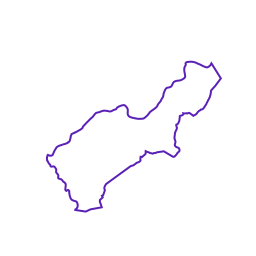 outline of Moreau, Micoud, Saint Lucia, rotated 300°
{"feature_id": "8701671B80425002261515", "entity_name": "Moreau", "entity_type": "district", "adm_level": 2, "iso_a3": "LCA", "parent_name": "Saint Lucia", "parent_adm1": "Micoud", "projection": "mercator", "projection_center": [-60.943, 13.828], "detail": "fine", "context": "isolated", "style": "outline", "palette": "violet", "viewbox_px": 256, "rotation_deg": 300, "n_neighbors": 0, "source": "geoboundaries", "source_scale": "gbopen_adm2", "svg_char_len": 5778}
<svg xmlns="http://www.w3.org/2000/svg" viewBox="0 0 256 256"><g transform="rotate(300 128 128)"><path d="M46.2,144.9L47.5,143.5L48.5,142.4L50.0,140.5L51.6,139.7L52.6,139.9L53.3,140.2L55.2,140.8L56.3,139.3L57.3,140.1L58.3,139.9L62.6,139.1L63.7,137.8L64.9,137.2L66.7,137.0L68.4,137.0L96.6,149.5L97.9,151.0L98.9,151.6L99.4,151.7L100.5,152.3L102.2,152.9L102.9,153.5L103.7,154.3L104.9,154.9L105.6,155.1L106.3,155.0L107.2,154.3L108.8,153.5L109.4,153.3L109.7,153.9L109.9,154.7L110.9,155.0L112.0,155.4L112.7,155.6L113.4,155.9L114.2,156.1L115.0,155.9L115.8,155.5L116.3,155.1L116.8,154.9L116.8,155.7L116.9,156.3L117.0,157.0L117.3,158.0L117.3,159.4L118.0,161.5L118.0,161.9L118.4,162.5L119.1,162.8L120.2,164.4L121.3,165.1L125.7,170.6L125.6,181.5L126.2,182.3L126.4,182.5L126.7,182.6L129.6,183.3L130.2,183.3L130.6,183.2L130.9,183.3L131.6,183.5L132.5,183.7L133.2,184.0L133.4,184.0L133.9,184.0L134.8,183.5L135.6,182.8L135.8,182.5L135.9,182.2L136.0,181.9L136.0,181.4L135.7,179.4L135.7,178.9L135.8,178.6L135.9,178.1L136.0,177.8L136.2,177.5L136.9,176.9L137.2,176.8L138.6,176.4L139.4,176.2L140.1,175.8L140.8,175.1L141.4,174.3L141.9,173.8L142.3,173.5L143.1,172.9L144.0,172.6L145.4,172.0L147.1,171.2L147.5,171.1L149.0,170.9L150.0,170.8L151.2,170.7L152.2,170.5L152.5,170.3L152.7,170.2L152.9,170.0L154.1,168.7L154.7,168.2L155.0,168.2L155.1,168.3L156.3,169.0L156.7,169.1L157.5,169.1L159.5,168.9L160.2,168.7L160.7,168.5L161.3,168.3L162.2,167.8L162.9,167.6L163.2,167.5L164.1,166.9L164.4,166.9L164.7,167.1L165.9,168.4L166.4,168.8L166.8,168.9L167.7,168.9L167.9,168.9L168.2,168.8L168.4,168.6L168.5,169.0L168.8,169.7L169.2,170.2L169.9,171.0L170.0,171.6L170.1,172.0L170.3,172.1L171.3,172.9L171.4,173.1L171.7,173.5L171.7,173.9L171.7,174.4L171.5,176.0L171.4,177.3L171.2,178.5L171.9,178.8L173.0,179.6L174.0,180.1L175.0,180.3L176.7,180.5L177.6,180.7L178.3,180.9L178.7,181.2L179.5,181.7L179.8,181.8L180.3,181.8L180.5,182.1L181.0,182.7L181.7,183.2L182.2,183.4L182.7,183.5L183.5,183.6L184.5,183.7L185.0,183.6L185.5,183.7L186.5,183.8L187.7,183.9L188.1,183.8L189.0,183.7L195.6,183.4L199.0,182.5L202.0,181.2L208.1,182.5L217.4,183.6L225.7,167.9L225.0,167.9L224.0,168.0L222.3,167.6L221.2,167.1L220.1,166.3L220.0,166.0L219.7,165.5L219.6,164.9L219.3,163.5L219.1,161.1L219.0,158.7L218.8,157.1L218.6,156.3L218.6,155.6L218.6,154.6L218.3,153.4L218.2,152.6L217.9,151.6L217.5,150.6L216.9,149.4L216.2,148.2L215.8,147.8L215.1,146.7L214.6,146.1L214.1,145.8L213.6,145.5L213.3,145.5L212.8,145.5L212.5,145.7L211.7,146.4L210.8,146.5L208.8,146.6L208.4,146.7L207.9,146.9L206.7,147.5L205.9,148.0L205.1,148.6L204.3,149.3L203.7,149.8L202.6,150.8L201.3,151.7L200.4,152.0L199.7,151.9L199.2,151.8L198.4,151.4L197.1,150.7L196.5,150.3L195.5,149.5L195.0,149.0L193.9,147.5L193.2,146.6L192.8,146.1L191.5,145.1L190.9,144.7L189.6,144.5L187.7,144.7L186.3,144.7L185.8,144.7L185.2,144.5L184.5,144.0L184.0,143.6L183.7,143.3L182.9,142.3L182.5,141.9L182.0,141.5L181.6,141.3L181.1,141.2L180.3,141.1L178.2,141.2L175.5,141.7L173.1,142.6L172.3,142.7L169.7,142.7L168.6,142.7L167.8,142.8L166.7,142.7L164.1,142.2L163.1,142.2L161.6,142.3L160.8,142.3L159.8,142.0L158.8,141.7L155.9,140.4L154.9,139.9L153.6,139.4L152.6,139.0L151.7,139.0L149.4,138.6L148.6,138.5L145.5,137.5L144.9,137.2L144.0,136.7L143.4,136.1L141.2,132.6L140.9,131.9L140.2,130.1L139.2,127.0L138.7,125.0L138.6,124.2L138.6,123.5L138.6,123.0L138.8,122.4L139.1,121.8L139.6,121.1L140.3,120.5L143.6,118.8L144.0,118.4L144.4,118.0L144.6,117.7L145.2,116.7L145.7,115.3L145.9,114.6L146.0,114.0L146.0,113.6L145.8,113.1L145.5,112.5L144.4,111.3L143.5,110.5L142.2,109.5L140.7,108.6L140.2,108.4L139.8,108.3L138.7,108.3L138.4,108.2L138.1,108.1L137.8,107.9L136.7,106.7L134.5,105.4L134.1,105.1L133.7,104.6L133.1,103.8L132.5,101.8L131.9,100.4L131.6,99.6L130.9,98.4L130.3,97.7L129.9,97.2L128.5,96.1L127.6,95.4L126.5,94.3L125.9,93.6L125.5,93.2L125.0,92.8L124.4,92.6L123.3,92.3L122.3,92.2L121.4,92.1L120.6,91.9L119.9,91.9L118.5,91.3L116.3,90.7L116.2,90.6L114.6,90.3L112.3,89.6L109.1,88.9L107.4,88.4L106.6,88.3L105.3,88.6L104.4,88.3L102.8,87.6L100.3,86.1L98.1,84.8L97.7,84.3L97.4,84.1L97.2,84.2L96.8,83.9L96.8,83.7L96.6,83.6L96.3,83.4L95.5,82.9L95.0,82.5L94.6,82.2L93.8,82.3L92.3,82.5L92.1,82.6L91.0,83.1L89.8,83.4L88.8,83.7L88.0,83.9L87.4,83.9L86.9,83.9L86.1,83.6L85.8,83.5L85.7,83.4L85.6,83.5L85.3,83.3L84.9,83.1L83.5,82.1L82.7,81.4L81.0,79.7L79.4,78.4L79.0,77.9L78.0,77.1L77.3,76.6L75.8,75.9L75.0,75.8L73.8,75.8L73.6,75.8L72.9,75.7L70.4,75.8L70.0,75.9L68.7,76.0L67.3,76.2L67.0,76.2L66.8,76.1L66.5,76.0L66.4,75.9L66.1,75.8L65.9,75.6L64.8,73.9L64.8,73.7L64.7,72.1L64.0,72.0L61.6,72.7L59.3,74.3L59.3,74.7L59.1,75.1L59.0,75.3L58.2,76.3L57.6,77.5L57.5,78.0L57.4,78.5L57.3,78.9L56.3,79.9L56.2,80.0L56.1,80.3L56.2,80.7L56.3,81.1L57.0,81.9L57.1,82.2L57.4,82.5L57.6,82.8L57.6,83.8L57.2,84.9L56.8,85.7L56.6,86.1L56.4,86.3L56.0,86.7L55.3,87.1L55.2,87.1L54.8,87.3L54.7,87.4L54.4,87.5L53.8,87.8L53.7,88.0L53.2,89.0L52.6,90.8L52.4,91.0L51.9,91.5L51.6,91.7L51.4,91.7L50.0,92.3L49.7,92.7L49.6,93.3L49.6,93.6L49.9,94.5L50.1,95.7L50.1,96.2L50.0,96.6L49.9,97.2L49.5,98.0L49.3,98.3L49.2,98.7L49.1,99.9L49.1,100.3L48.7,101.3L48.5,101.7L48.5,101.8L48.0,102.3L47.3,102.7L45.9,103.3L44.9,103.8L43.9,104.2L43.5,104.5L43.4,104.5L43.1,104.7L43.0,104.9L42.8,105.3L42.8,105.6L42.7,105.7L42.7,106.0L42.9,106.1L43.5,106.5L43.8,106.7L44.0,106.7L44.4,107.1L44.4,107.5L44.2,108.1L44.1,108.3L44.0,108.6L43.8,108.7L43.7,108.9L43.2,109.1L42.1,109.8L41.9,110.1L40.4,111.2L39.9,111.8L38.8,113.0L38.3,113.7L38.1,114.2L37.8,115.0L37.7,115.6L37.8,116.9L38.3,118.9L38.4,119.4L38.4,119.5L38.4,120.2L38.4,120.4L38.0,121.1L37.4,121.9L36.7,122.5L36.1,123.0L35.5,123.3L34.1,123.8L33.7,123.8L32.8,123.8L32.7,123.8L32.3,123.7L31.4,123.4L30.9,123.0L30.6,123.0L30.4,122.8L30.4,122.7L34.5,133.2L38.7,136.1L46.2,144.9Z" fill="none" stroke="#5b21b6" stroke-width="2"/></g></svg>